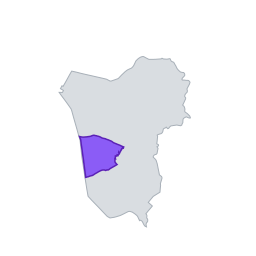 location of Al-Najaf, An-Najaf, Iraq, rotated 42°
{"feature_id": "34846034B29737598200853", "entity_name": "Al-Najaf", "entity_type": "district", "adm_level": 2, "iso_a3": "IRQ", "parent_name": "Iraq", "parent_adm1": "An-Najaf", "projection": "albers", "projection_center": [43.801, 31.101], "detail": "fine", "context": "in_parent", "style": "filled", "palette": "violet", "viewbox_px": 256, "rotation_deg": 42, "n_neighbors": 0, "source": "geoboundaries", "source_scale": "gbopen_adm2", "svg_char_len": 6964}
<svg xmlns="http://www.w3.org/2000/svg" viewBox="0 0 256 256"><g transform="rotate(42 128 128)"><path d="M106.6,53.4L108.1,53.0L110.9,50.8L112.6,48.6L113.1,48.4L114.5,49.1L115.6,49.4L118.0,48.6L119.4,49.0L120.6,49.5L121.3,49.6L124.5,50.9L125.3,51.1L126.9,51.3L129.4,51.3L131.0,50.5L132.1,49.6L132.9,49.6L133.7,49.8L134.3,50.2L134.9,50.8L135.1,51.7L135.0,54.6L135.3,55.4L135.7,55.9L136.3,56.0L137.0,55.4L138.1,54.5L139.6,53.5L140.7,52.5L141.3,52.2L142.2,52.2L143.2,52.4L143.7,52.8L143.7,53.0L144.3,54.3L145.6,59.4L146.3,60.0L147.1,60.5L147.7,61.3L148.0,62.0L147.9,63.2L148.0,64.6L148.3,65.6L148.8,66.4L149.3,66.8L149.9,66.8L150.7,67.0L151.3,67.8L153.1,73.5L153.2,74.3L154.0,74.5L155.1,74.4L156.4,75.0L157.7,75.9L158.9,77.6L159.8,77.9L162.4,77.6L165.9,77.8L167.6,78.7L167.4,79.2L166.2,79.9L163.9,80.7L163.3,81.9L162.9,83.5L163.0,84.5L163.6,85.4L165.2,87.4L165.3,88.1L165.6,89.1L166.0,89.8L165.6,91.1L164.2,92.0L162.3,93.1L158.6,97.6L158.3,98.5L158.4,101.1L158.0,101.9L156.8,101.9L155.8,101.8L155.8,102.7L155.2,103.9L154.9,105.0L156.3,107.5L156.6,108.8L156.4,110.0L155.1,112.1L154.4,113.5L154.5,113.8L155.6,114.4L158.9,118.9L159.9,120.5L161.3,120.1L161.8,120.1L162.2,120.3L162.4,120.9L162.5,121.6L162.1,122.6L163.9,123.0L164.5,124.0L166.6,127.5L166.6,128.6L165.6,130.3L165.6,131.4L165.9,132.4L166.2,132.8L169.2,132.9L170.5,133.2L173.6,135.0L177.2,137.7L180.2,139.9L182.7,141.8L185.4,141.6L186.1,141.9L186.8,142.5L187.6,144.1L189.3,147.7L190.6,148.8L192.7,151.7L194.7,154.3L193.6,158.1L192.5,162.0L192.7,167.0L192.8,169.7L195.4,169.7L198.3,169.7L198.4,172.9L198.5,176.1L198.7,179.8L199.6,179.9L200.9,180.6L201.6,181.8L202.3,182.4L203.2,182.5L204.1,183.0L205.0,184.1L205.3,184.9L205.1,185.4L205.3,186.4L206.0,187.7L206.8,188.3L207.9,189.1L206.4,189.6L204.7,189.3L201.1,187.9L200.0,187.9L198.5,188.5L198.5,189.1L194.6,187.4L193.3,187.1L192.8,187.1L190.7,187.2L187.6,187.6L185.8,188.4L184.6,189.2L184.1,190.0L183.9,190.4L183.0,192.7L181.9,195.6L180.8,198.2L178.6,201.9L177.4,203.7L174.8,206.9L171.8,207.6L165.0,207.1L157.4,206.5L149.9,206.0L144.2,205.5L143.8,205.3L138.2,200.9L133.9,197.4L128.4,193.0L122.9,188.4L117.3,183.8L113.2,180.5L108.3,176.1L103.9,172.2L100.4,169.1L95.9,166.3L92.5,164.1L87.4,160.9L83.4,158.4L79.9,156.2L74.6,152.8L72.9,151.9L67.3,150.6L62.1,149.5L56.6,148.4L53.0,147.6L55.5,145.4L54.9,143.3L53.1,143.6L51.5,144.0L50.7,140.8L51.9,140.5L51.0,136.2L50.0,131.9L49.0,127.7L48.1,123.4L52.7,120.8L56.2,119.0L61.1,116.3L65.7,113.7L70.2,111.2L75.0,108.5L79.4,106.1L83.3,105.1L84.1,104.3L86.0,100.9L87.6,97.9L87.7,97.2L87.8,92.9L88.2,87.9L88.7,85.3L89.7,82.9L90.5,81.2L90.6,79.6L90.5,78.0L89.8,75.5L89.0,72.9L89.1,70.4L89.3,69.1L89.9,67.0L90.8,65.4L91.8,64.5L95.5,63.6L97.6,63.0L100.6,60.3L102.3,58.7L104.7,56.2L106.5,54.3L106.6,53.7L106.6,53.4Z" fill="#d9dde1" stroke="#a8b0b8" stroke-width="1"/><path d="M139.4,159.3L138.9,159.0L138.5,158.5L137.9,157.9L137.7,157.7L137.3,157.2L137.5,157.0L137.8,156.8L137.9,156.7L138.2,156.5L138.4,156.5L138.6,156.3L138.4,155.9L138.1,155.6L137.8,155.1L138.0,155.0L138.4,154.9L138.7,154.8L138.8,154.8L138.6,154.5L138.7,154.2L138.8,153.7L138.8,153.4L138.8,153.0L138.8,152.7L138.7,152.6L138.4,152.4L138.0,152.4L138.0,152.6L137.8,152.6L137.6,152.6L137.4,152.5L137.3,152.3L137.5,152.4L137.8,152.4L137.9,152.2L138.0,151.8L138.1,151.7L138.3,151.7L138.2,151.1L138.2,150.7L138.0,150.3L137.9,149.9L137.7,149.6L137.6,149.2L137.8,149.0L137.8,148.9L137.7,148.8L137.7,148.7L137.6,148.3L137.5,148.2L137.5,147.9L137.4,147.8L137.5,147.7L137.5,147.4L137.5,147.2L137.4,147.1L137.3,146.9L137.2,146.6L137.3,146.6L137.5,146.5L137.7,146.4L137.8,146.3L138.0,146.2L137.9,146.0L137.9,145.8L137.8,145.7L137.7,145.5L137.6,145.3L137.5,145.0L137.4,144.9L137.3,145.0L137.2,145.2L137.1,145.3L137.0,145.5L136.9,145.6L136.7,145.5L136.6,145.4L136.4,145.4L136.0,145.5L135.8,145.6L135.1,145.8L134.1,146.1L133.8,146.2L133.6,146.2L133.5,146.3L133.1,146.4L132.3,146.7L132.1,146.8L131.8,146.9L131.5,147.0L131.1,147.2L130.5,147.4L129.8,147.6L129.1,147.9L128.5,148.1L128.0,148.3L127.3,148.5L127.1,148.6L126.9,148.7L126.6,148.7L126.2,148.7L125.7,148.7L125.4,148.8L125.0,148.8L124.7,148.8L124.4,148.9L124.1,149.1L123.6,149.2L123.1,149.4L122.8,149.5L122.3,149.7L121.9,149.8L121.3,150.0L120.8,150.2L120.3,150.5L119.9,150.6L119.6,150.7L119.3,150.9L118.8,151.0L118.6,151.1L118.4,151.1L118.1,151.3L117.8,151.4L117.4,151.7L117.0,151.9L116.5,152.2L116.3,152.4L115.9,152.5L115.6,152.7L115.3,152.8L114.8,152.9L114.4,153.0L113.9,153.1L113.5,153.2L113.2,153.3L112.9,153.4L112.1,153.7L111.7,153.9L111.3,154.1L111.0,154.3L110.6,154.5L110.2,154.7L109.9,154.8L109.5,155.0L109.1,155.3L108.4,155.7L107.8,156.0L107.5,156.2L107.3,156.4L107.2,156.6L107.0,156.8L106.9,156.9L106.7,157.3L106.5,157.6L106.2,158.2L106.1,158.5L105.8,159.1L105.7,159.2L105.4,159.6L105.2,159.9L105.1,160.0L104.9,160.3L104.6,160.6L104.4,160.8L104.0,161.3L103.8,161.5L103.5,161.9L103.1,162.4L102.5,163.0L102.1,163.4L101.5,164.1L101.3,164.4L100.9,164.6L100.6,164.9L100.0,165.4L99.6,165.7L99.2,165.9L98.5,166.3L98.0,166.6L97.6,166.8L97.9,167.0L98.6,167.3L100.2,168.1L100.6,168.3L100.8,168.5L101.2,168.8L102.1,169.6L102.7,170.1L103.6,170.9L105.0,172.1L105.9,172.8L106.7,173.5L107.3,174.0L109.0,175.4L109.9,176.2L111.2,177.3L113.1,178.9L113.7,179.4L114.9,180.4L116.1,181.4L116.5,181.7L117.3,182.4L117.9,183.0L118.6,183.6L119.2,184.0L120.0,184.8L120.8,185.4L121.0,185.6L121.5,186.1L122.1,186.5L122.6,187.0L123.2,187.5L123.7,187.9L124.1,188.3L124.6,188.7L125.3,189.3L125.7,189.6L125.8,189.7L125.9,189.9L126.0,190.0L126.3,190.2L126.4,190.3L126.5,190.4L126.7,190.5L126.9,190.7L127.1,190.8L127.3,191.0L127.5,191.1L127.7,191.3L127.8,191.4L127.9,191.5L128.1,191.6L128.3,191.8L128.4,192.0L128.5,192.1L128.9,192.4L129.1,192.5L129.3,192.6L129.5,192.8L129.6,193.0L129.7,192.9L129.8,192.7L130.0,192.4L130.2,192.1L130.3,191.9L130.5,191.5L130.7,191.3L130.9,191.0L131.2,190.6L131.3,190.4L131.4,190.2L131.5,189.9L131.6,189.7L131.8,189.4L131.9,189.1L132.1,188.8L132.2,188.7L132.3,188.6L132.4,188.4L132.6,188.1L132.8,187.8L133.0,187.5L133.2,187.3L133.3,187.0L133.4,186.8L133.4,186.7L133.5,186.6L133.5,186.4L133.6,186.1L133.7,185.9L133.8,185.5L133.9,184.9L134.0,184.5L134.1,184.2L134.2,183.9L134.3,183.5L134.5,183.0L134.7,182.4L134.9,181.8L135.1,181.2L135.3,180.4L135.9,178.9L136.1,178.2L136.2,177.9L136.4,177.7L136.6,177.3L136.7,177.1L136.9,176.7L137.1,176.4L137.3,176.2L137.6,175.9L137.8,175.7L138.0,175.5L138.2,175.3L138.3,175.2L138.6,175.0L138.8,174.9L139.0,174.8L139.4,174.7L139.5,174.7L139.8,174.5L139.9,174.4L140.0,174.1L140.0,173.9L140.4,173.3L140.5,173.2L140.7,172.9L140.8,172.9L141.0,172.8L141.1,172.7L141.3,172.6L141.3,172.2L141.7,171.5L141.8,170.9L141.8,170.4L142.2,169.1L142.4,168.6L142.6,167.9L142.9,167.1L143.1,166.3L143.3,165.9L143.7,164.6L144.1,163.3L144.2,162.8L144.3,162.5L144.1,162.5L143.9,162.5L143.6,162.4L142.9,162.3L142.0,162.2L141.2,162.0L140.9,161.9L140.8,161.7L140.6,161.5L140.3,161.2L139.3,160.1L138.8,159.6L139.1,159.5L139.4,159.3L139.4,159.3Z" fill="#8b5cf6" stroke="#5b21b6" stroke-width="1.5"/></g></svg>